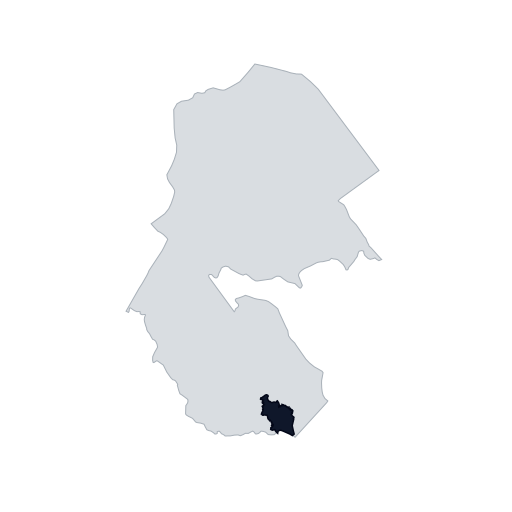 Mpulungu, Northern, Zambia shown in context, rotated 144°
{"feature_id": "96606910B10449137451116", "entity_name": "Mpulungu", "entity_type": "district", "adm_level": 2, "iso_a3": "ZMB", "parent_name": "Zambia", "parent_adm1": "Northern", "projection": "equal_earth", "projection_center": [30.995, -8.984], "detail": "fine", "context": "in_parent", "style": "filled", "palette": "ink", "viewbox_px": 512, "rotation_deg": 144, "n_neighbors": 0, "source": "geoboundaries", "source_scale": "gbopen_adm2", "svg_char_len": 8510}
<svg xmlns="http://www.w3.org/2000/svg" viewBox="0 0 512 512"><g transform="rotate(144 256 256)"><path d="M321.9,343.7L305.0,343.8L298.8,345.5L293.7,348.3L287.7,352.5L284.2,355.5L283.2,357.2L282.8,360.8L282.8,366.4L282.2,370.4L280.4,374.1L271.2,378.6L265.3,382.2L259.4,386.6L255.0,392.2L252.0,399.1L247.0,407.6L236.5,422.8L230.4,425.6L225.3,425.0L219.1,421.8L214.2,421.2L210.6,423.2L207.2,422.6L204.1,419.4L201.5,418.2L199.4,419.1L196.7,418.9L191.8,417.2L187.5,411.7L185.2,409.5L183.4,408.6L178.4,407.8L166.7,406.5L154.7,409.2L144.1,412.0L133.2,399.9L122.6,387.0L120.3,383.8L116.3,379.5L113.5,377.4L112.3,376.3L109.4,364.9L107.6,354.4L106.2,252.9L153.9,252.9L157.0,252.4L157.1,251.4L154.9,245.9L155.0,244.0L155.5,240.3L157.5,232.9L157.7,230.4L156.6,222.4L156.7,217.9L157.1,208.8L156.8,205.7L157.9,201.7L158.2,198.9L158.7,197.8L158.1,194.7L157.0,183.8L156.4,179.3L159.3,180.0L160.3,182.2L160.9,184.6L162.2,184.8L165.6,186.2L166.8,188.2L167.6,192.6L167.1,194.8L166.1,196.6L167.2,198.2L169.5,199.2L170.8,198.9L174.6,196.0L178.2,194.9L180.0,194.1L187.9,192.2L189.4,191.1L190.5,191.1L191.3,191.9L190.6,195.0L190.4,197.8L191.4,202.9L192.2,205.3L193.8,207.0L195.0,208.0L196.4,209.8L199.1,209.5L205.2,212.1L207.1,213.3L209.6,214.5L211.4,215.0L217.7,215.9L224.3,217.4L227.7,217.5L230.1,217.1L231.8,216.4L232.9,215.5L233.3,214.8L235.8,205.1L237.0,204.3L238.7,203.8L239.6,204.7L240.7,210.8L245.5,216.4L247.2,221.1L248.4,225.1L249.4,226.2L251.2,227.5L254.1,228.0L256.7,228.2L269.6,235.0L271.0,236.2L272.6,239.9L273.5,244.0L274.6,247.2L276.2,247.8L277.7,248.1L279.2,250.3L280.3,252.2L284.1,260.2L284.6,263.4L286.5,265.6L289.0,266.5L291.3,266.6L292.6,265.6L295.9,264.0L298.4,262.1L300.3,261.4L301.4,261.8L302.3,263.1L302.8,267.1L304.6,268.5L306.0,267.9L306.5,266.4L306.5,265.6L306.4,223.7L305.2,224.0L303.8,225.2L300.4,225.3L299.1,226.2L298.6,227.5L298.9,229.3L299.0,231.7L298.5,232.8L297.0,233.2L294.8,232.3L290.9,231.1L287.7,230.4L285.3,227.2L282.2,222.5L280.1,220.1L275.1,215.2L274.2,214.2L272.7,211.8L271.4,207.9L270.1,203.4L269.4,200.5L270.6,196.0L273.5,181.4L274.2,176.9L276.6,172.3L276.7,168.2L275.8,162.9L276.0,160.0L276.3,143.3L275.6,138.0L274.0,132.1L270.3,124.0L270.3,122.2L275.9,116.9L277.5,114.9L280.4,110.6L282.4,107.0L283.6,104.0L284.0,100.2L283.1,96.5L285.0,95.8L330.9,86.4L331.6,88.9L333.0,93.1L334.5,96.1L336.5,98.8L338.2,100.4L339.3,100.9L346.4,100.8L348.9,102.4L351.1,104.4L351.7,107.7L353.1,109.7L354.7,111.2L355.4,111.4L356.5,111.0L358.4,111.0L360.2,111.7L361.0,112.4L361.1,115.1L361.6,116.3L364.0,116.7L366.5,117.0L368.8,118.8L371.4,119.1L374.3,119.8L375.7,121.8L378.8,123.8L382.6,125.6L386.8,128.6L386.9,129.5L387.6,131.2L388.4,132.5L388.4,134.3L388.8,136.0L389.8,136.4L390.7,136.6L391.6,135.3L392.7,135.4L393.9,136.1L394.3,138.1L395.3,140.8L396.9,142.6L397.9,144.3L397.5,147.5L396.9,150.4L399.0,153.3L401.7,156.0L402.4,157.2L402.7,161.3L403.1,162.7L404.9,166.0L405.8,168.3L405.8,169.6L400.7,176.2L397.7,177.3L396.3,178.6L395.5,180.1L397.5,186.7L398.5,189.2L397.6,192.4L395.6,197.7L394.7,198.2L394.5,202.3L395.1,203.7L396.1,204.9L396.5,207.6L396.4,214.5L395.1,222.2L397.4,229.0L398.1,229.7L401.3,229.8L401.8,230.3L401.0,232.3L398.8,235.2L394.9,237.5L389.2,240.1L388.0,242.5L387.2,246.1L387.8,248.2L388.6,249.4L388.3,252.5L387.8,255.7L388.0,258.3L387.7,260.6L387.0,261.7L386.0,265.1L384.7,268.6L383.8,270.2L382.3,271.8L380.1,273.2L380.1,273.9L382.7,275.5L383.3,276.6L383.6,277.3L382.5,279.1L383.7,280.1L385.1,281.0L386.5,283.3L388.0,287.6L388.3,288.0L388.7,288.1L389.6,287.6L391.1,285.9L392.3,285.3L393.6,287.7L369.9,298.4L364.3,300.6L356.0,304.3L353.3,305.7L351.1,307.1L329.0,315.4L325.5,317.1L317.7,321.3L317.5,322.0L317.6,323.9L318.3,327.9L319.6,331.6L320.8,333.6L321.5,339.0L321.9,343.7Z" fill="#d9dde1" stroke="#a8b0b8" stroke-width="1"/><path d="M336.5,137.5L336.5,137.3L336.4,137.2L335.8,136.7L335.7,136.4L335.5,136.0L335.4,136.0L335.3,135.8L335.2,135.5L335.3,135.4L335.2,135.3L335.3,135.3L335.4,135.1L335.5,135.2L335.4,135.0L335.5,134.9L335.8,134.8L335.9,134.7L335.9,134.2L336.0,133.9L336.3,133.8L336.6,133.9L336.5,133.7L336.5,133.4L336.7,133.1L336.8,133.0L336.7,132.9L336.8,132.9L336.7,132.7L336.8,132.6L337.0,132.6L336.9,132.4L337.0,132.2L336.9,132.0L337.0,131.9L336.9,131.5L337.0,131.4L336.9,131.2L337.0,131.1L336.8,131.0L336.7,130.7L337.0,130.6L337.1,130.4L337.0,130.1L337.3,130.4L337.7,130.5L337.8,130.7L338.3,130.5L338.5,130.6L338.7,130.8L338.9,130.9L339.3,130.8L339.3,130.6L339.5,130.0L339.5,129.8L339.6,129.6L339.6,129.3L339.8,128.6L340.2,128.2L340.4,128.2L340.7,128.2L341.1,127.2L340.7,127.2L340.8,127.1L341.2,126.9L341.5,126.7L342.1,126.4L342.2,126.2L342.4,126.1L342.8,126.1L343.0,126.0L343.1,125.9L343.5,125.7L343.8,125.4L344.0,125.2L344.3,124.9L344.5,124.9L344.4,124.6L344.4,124.4L344.4,124.0L344.3,123.8L344.3,123.5L344.1,123.2L343.7,122.9L343.5,123.0L343.3,122.9L343.2,123.0L343.1,122.9L340.6,120.6L340.8,119.8L341.0,119.5L341.1,119.0L341.3,118.8L341.6,118.2L341.8,117.7L341.7,117.3L341.9,117.1L341.8,116.9L341.9,116.5L341.8,115.9L341.7,115.7L341.7,115.4L341.7,115.0L341.8,114.5L341.5,114.3L341.4,114.2L341.1,114.4L341.1,114.1L341.1,113.8L340.8,113.1L340.8,112.5L340.9,112.1L341.1,112.2L341.3,112.4L341.5,112.2L341.4,111.8L341.5,111.7L341.5,111.4L341.4,111.1L341.5,111.0L341.4,110.3L341.2,110.1L341.1,109.5L341.2,109.4L341.3,109.2L341.5,109.2L341.6,109.7L341.7,109.9L341.7,110.0L341.9,110.1L342.6,110.1L342.8,109.8L343.0,109.8L343.0,109.6L342.9,109.1L342.7,108.9L342.7,108.5L342.6,108.4L343.0,108.2L343.1,108.3L343.3,108.2L343.6,108.3L343.9,108.4L344.1,108.4L344.3,108.4L344.5,108.3L344.8,108.4L345.2,108.0L345.1,107.8L345.2,107.7L345.4,107.6L346.0,107.1L345.9,106.9L345.9,106.7L345.6,106.1L345.4,105.9L345.2,105.8L345.1,105.5L344.8,105.2L344.5,105.3L344.2,105.2L343.7,105.0L343.6,104.8L343.5,104.7L343.4,104.6L343.1,104.6L342.9,104.6L342.7,103.7L342.9,103.4L343.1,103.2L343.1,101.9L343.0,101.3L342.7,100.0L342.4,100.4L342.2,100.2L342.1,100.3L342.0,100.6L341.7,101.0L340.9,101.3L340.0,101.3L339.8,101.3L338.6,100.6L338.2,100.2L337.8,99.7L337.4,99.0L337.2,98.8L333.3,92.1L332.1,89.3L329.8,89.5L328.3,93.2L326.4,97.5L321.3,101.9L321.4,102.2L321.3,102.6L320.4,102.9L320.2,103.1L320.2,103.3L320.1,103.5L320.6,105.2L320.6,105.5L320.6,106.4L320.6,106.7L320.6,106.9L320.8,107.1L320.7,107.5L320.6,107.0L320.2,107.0L320.0,107.3L319.9,107.3L319.8,107.2L319.6,107.2L319.6,107.3L319.3,107.7L319.2,107.7L319.0,107.8L318.9,107.9L318.9,108.0L318.8,107.9L318.7,108.1L318.1,108.2L318.0,108.5L317.6,108.7L317.4,109.0L317.2,109.1L317.3,109.7L317.4,109.8L317.3,110.0L317.2,109.8L317.2,110.1L317.2,110.3L317.4,110.7L317.5,110.7L317.5,110.9L317.6,111.0L317.9,110.8L318.0,110.9L318.3,110.7L318.5,110.8L318.6,111.2L318.7,111.3L318.4,111.9L318.1,111.8L317.9,111.8L317.9,112.0L318.1,111.9L318.1,112.1L318.3,112.2L318.4,112.5L318.5,112.6L318.9,112.9L318.8,113.1L318.6,112.9L318.4,113.0L318.6,113.2L318.7,113.4L318.9,113.6L319.0,113.9L318.8,113.9L318.9,114.0L318.7,114.1L318.3,114.5L318.7,114.6L319.0,114.3L319.1,114.6L319.4,114.9L319.2,115.0L319.2,115.3L319.3,115.4L319.7,115.3L319.8,115.4L319.8,115.7L319.9,115.9L319.9,116.2L320.0,116.3L319.9,116.4L319.8,116.1L319.7,116.1L319.7,116.3L319.8,116.6L320.0,116.7L320.0,116.8L320.0,117.1L320.1,117.4L320.1,117.6L320.1,117.8L320.4,118.1L320.5,118.1L320.8,118.0L321.0,118.2L321.0,118.6L321.1,118.9L321.2,119.3L321.3,119.5L321.7,120.0L321.7,119.7L321.8,119.5L322.0,119.3L322.0,119.2L322.3,119.2L322.4,119.3L322.2,119.6L322.2,119.8L322.3,119.9L322.6,120.1L322.6,119.9L323.2,119.8L323.3,120.0L323.6,119.9L323.8,120.1L324.1,120.1L324.2,120.3L324.4,120.2L324.5,120.2L324.9,120.2L325.0,120.1L325.3,120.1L325.5,120.1L325.6,120.3L325.8,120.5L325.8,120.4L325.9,120.5L326.0,120.5L325.9,120.6L326.0,120.7L325.9,120.8L325.7,120.8L325.5,121.1L325.4,121.1L325.2,121.4L325.0,121.6L324.9,121.5L324.4,122.6L324.3,123.0L324.0,123.7L324.1,123.9L324.0,124.1L323.9,124.9L323.9,125.7L323.8,126.6L323.8,126.9L324.0,126.3L324.1,126.2L324.3,126.2L324.8,126.2L325.5,125.8L325.8,125.8L326.1,125.9L326.3,126.1L326.5,126.5L326.7,126.8L327.0,127.0L327.3,127.2L328.0,127.7L328.4,127.6L328.6,127.7L329.0,127.8L329.5,128.3L329.9,128.8L330.1,129.9L330.6,130.4L330.6,130.6L330.8,130.7L330.9,131.3L330.9,132.0L330.9,132.5L330.8,133.0L330.8,133.4L330.2,134.2L330.1,134.5L329.6,135.0L329.0,135.2L328.7,135.3L328.5,135.6L328.4,135.8L328.3,136.2L328.8,137.3L329.1,137.6L329.6,137.8L330.4,138.0L331.0,138.0L331.4,137.9L332.5,138.0L333.1,137.9L333.3,138.0L333.6,137.9L334.0,138.0L334.5,137.9L335.4,138.4L335.7,138.2L336.4,137.5L336.5,137.5Z" fill="#0f172a" stroke="#020617" stroke-width="1.5"/></g></svg>